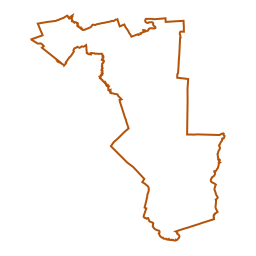 the district of Corbu, Olt, Romania
{"feature_id": "2599482B79364764988142", "entity_name": "Corbu", "entity_type": "district", "adm_level": 2, "iso_a3": "ROU", "parent_name": "Romania", "parent_adm1": "Olt", "projection": "orthographic", "projection_center": [24.699, 44.468], "detail": "fine", "context": "isolated", "style": "outline", "palette": "amber", "viewbox_px": 256, "rotation_deg": 0, "n_neighbors": 0, "source": "geoboundaries", "source_scale": "gbopen_adm2", "svg_char_len": 5655}
<svg xmlns="http://www.w3.org/2000/svg" viewBox="0 0 256 256"><path d="M202.1,222.9L214.0,219.2L213.9,218.7L213.7,218.4L213.8,217.9L213.7,217.2L213.9,217.1L213.8,216.8L213.6,216.7L213.6,216.0L213.7,215.7L213.9,215.5L213.8,215.2L214.2,214.9L214.1,214.6L214.4,214.2L214.7,214.3L214.9,214.1L214.9,213.9L214.7,214.0L214.8,213.8L215.2,213.5L215.4,213.2L216.0,213.0L217.5,212.1L217.4,211.3L217.0,210.9L215.8,208.4L215.5,207.2L215.5,206.3L215.8,204.7L216.1,200.6L215.7,199.7L217.2,198.4L217.7,197.7L217.5,196.9L216.2,194.8L215.6,192.9L215.4,192.0L214.5,189.8L214.5,188.5L215.3,186.0L215.9,184.6L214.2,183.4L211.9,182.3L211.1,181.6L210.9,181.3L210.8,180.2L210.9,179.6L211.5,178.3L211.8,178.1L211.9,177.4L213.9,176.0L214.6,175.1L214.9,174.2L215.1,172.8L214.3,171.9L214.3,171.2L215.8,170.9L216.2,170.6L217.3,168.6L217.7,168.3L217.9,167.9L218.6,165.4L218.8,163.2L219.9,162.6L219.0,162.1L219.4,161.7L219.8,160.4L219.8,159.8L219.5,159.5L219.2,159.5L218.8,160.4L218.2,159.6L218.7,158.9L217.9,157.7L218.0,156.3L217.7,155.6L217.7,154.7L217.5,154.0L218.0,153.1L218.3,151.4L218.8,150.8L220.0,148.2L219.9,147.4L219.0,145.7L219.3,145.4L219.4,144.7L219.9,144.3L220.0,143.8L221.0,141.9L222.0,140.6L222.2,139.8L222.1,138.7L222.7,138.3L223.5,138.5L223.9,138.1L224.6,136.0L223.4,134.8L223.3,134.5L223.7,133.7L223.3,133.4L221.1,134.0L220.1,134.8L218.9,135.0L197.4,134.4L194.6,134.6L187.1,134.5L187.6,101.6L187.5,89.1L188.2,79.0L177.2,77.7L177.3,74.6L177.4,74.0L178.0,73.2L178.5,67.2L178.9,59.1L179.3,54.4L180.1,37.9L180.6,37.7L180.1,34.7L179.8,34.1L179.8,33.0L180.4,31.7L180.7,31.6L183.9,31.7L183.8,29.0L183.9,28.0L183.5,20.8L165.7,21.9L165.5,18.3L155.8,19.1L153.3,19.2L152.1,18.9L145.9,18.9L145.3,19.9L145.2,20.3L145.4,21.7L145.7,22.2L147.5,23.0L148.1,22.9L149.1,22.3L151.9,22.2L152.5,22.4L153.2,23.1L153.1,24.2L153.3,25.1L153.7,25.7L155.1,26.8L155.4,27.3L155.4,28.0L154.5,28.5L150.2,28.2L148.6,29.1L148.2,30.5L144.0,31.9L144.1,31.1L144.5,30.2L143.2,30.1L143.5,32.1L140.6,33.2L140.8,33.8L138.5,34.9L138.1,34.2L131.4,36.7L130.6,34.9L129.3,33.2L128.0,30.6L125.3,26.8L124.3,24.5L119.7,26.4L117.4,19.3L116.9,19.6L115.6,19.6L114.7,20.4L113.4,21.1L112.0,20.8L110.5,21.5L105.8,22.4L104.9,22.7L101.5,23.2L98.4,24.0L97.3,24.1L96.4,24.4L95.5,25.0L92.7,24.7L92.3,25.0L91.4,26.4L90.7,27.2L84.2,29.9L83.1,30.0L82.9,29.7L82.2,29.6L82.0,28.6L81.7,28.5L81.1,28.8L80.7,28.1L80.7,27.5L79.6,27.7L78.9,26.9L78.6,26.9L78.5,26.2L77.6,26.2L77.3,25.9L77.3,25.4L77.7,24.9L77.5,24.4L77.9,24.1L77.9,23.7L77.6,23.4L77.5,23.0L76.8,23.1L76.6,22.7L76.2,22.4L75.1,22.2L74.5,22.6L74.1,21.9L73.9,21.8L73.8,22.2L73.6,22.2L73.0,21.3L71.9,21.2L71.9,20.9L72.3,20.6L72.3,20.4L71.9,19.4L71.3,18.8L71.9,18.1L71.7,17.2L72.5,16.5L72.4,15.7L72.5,15.4L69.9,17.2L69.1,18.4L68.3,17.4L67.6,15.9L67.2,15.6L63.5,17.9L59.6,19.3L58.8,19.9L57.6,20.1L55.8,20.9L47.8,21.9L37.8,23.6L41.3,32.2L42.0,33.5L42.6,35.3L31.4,39.3L31.6,39.8L37.8,43.6L40.6,43.4L42.0,44.2L43.8,46.1L41.9,47.7L59.4,61.6L57.8,61.6L58.5,62.2L59.5,62.3L64.0,65.1L64.1,65.5L65.8,63.6L66.3,62.7L66.2,62.4L65.9,62.3L66.0,62.1L68.5,58.6L69.4,57.3L69.8,57.2L71.3,55.4L73.7,51.8L73.9,51.4L73.4,50.3L74.1,48.8L74.4,48.4L76.4,47.5L77.4,46.8L78.0,47.3L79.7,47.8L81.8,46.4L83.5,46.7L84.7,46.1L86.1,45.1L86.4,47.2L86.4,48.6L86.8,53.0L87.5,53.0L87.6,53.6L88.7,54.2L90.9,54.4L90.7,53.1L91.2,53.0L93.2,53.3L94.1,53.2L95.3,53.8L96.4,53.6L98.7,53.9L101.5,53.7L101.8,53.8L102.4,54.3L102.4,55.5L102.9,55.5L103.2,55.8L103.4,57.2L102.7,57.4L102.7,57.6L103.0,58.0L102.6,58.3L102.7,58.9L102.2,59.0L101.8,59.9L102.5,60.2L103.1,60.0L103.5,60.2L103.7,60.4L103.9,61.6L103.4,62.0L103.2,62.9L102.8,63.0L102.2,63.6L102.1,64.0L102.3,65.4L101.9,65.9L101.8,66.2L102.0,66.7L102.2,66.9L102.1,67.3L102.3,67.5L102.1,67.8L102.1,68.3L102.5,68.5L102.3,68.9L101.7,69.2L101.8,69.9L101.5,70.4L101.7,70.7L102.5,70.8L102.4,72.2L102.6,73.1L101.8,73.2L102.4,74.7L102.1,74.9L101.4,74.7L100.9,75.0L100.7,75.3L100.9,76.2L100.8,76.5L100.4,76.4L100.0,76.8L99.6,76.8L99.9,77.4L99.9,78.2L101.1,78.7L101.4,79.6L102.4,80.0L102.8,81.1L103.5,81.5L103.8,82.0L104.1,82.1L104.4,81.7L104.9,81.7L105.4,82.6L105.0,82.8L105.0,83.2L106.2,83.6L106.6,84.3L106.4,84.4L106.4,84.7L106.9,85.1L106.9,85.3L106.3,85.3L106.6,85.9L107.3,86.1L107.6,85.0L108.0,85.0L108.4,85.8L108.2,86.2L108.2,86.6L108.8,86.6L108.2,87.6L108.2,88.2L108.7,89.3L108.3,90.1L108.7,90.4L109.8,90.1L109.5,90.5L110.5,90.8L110.5,91.1L109.8,91.3L109.9,91.6L110.7,91.7L110.8,91.9L110.8,92.6L110.4,92.7L110.4,92.9L111.5,93.3L112.7,93.3L114.7,93.9L117.5,94.4L118.2,95.9L121.5,99.3L121.1,99.4L120.6,99.8L119.6,99.9L119.8,101.4L125.2,118.2L126.0,119.9L126.3,121.6L128.6,128.4L124.4,132.0L118.4,138.0L113.7,142.2L110.9,146.2L127.3,162.6L133.2,167.0L144.3,178.9L142.3,182.1L145.0,183.8L147.8,186.2L148.5,187.2L148.8,188.6L148.7,190.6L148.1,192.8L147.4,194.5L147.2,196.7L146.5,199.9L144.6,207.6L146.3,208.4L143.6,216.2L143.7,216.9L144.7,217.9L145.2,217.9L146.2,218.6L146.9,218.6L147.2,218.1L148.2,218.1L149.2,221.0L149.6,221.4L150.9,221.9L151.6,222.3L152.2,222.4L153.2,223.1L153.3,223.5L152.9,224.2L153.1,225.5L152.7,226.2L152.7,226.5L154.8,229.1L156.9,230.1L159.0,230.7L159.5,231.3L159.6,232.3L159.4,232.9L158.8,233.2L158.7,233.4L159.2,234.2L160.0,236.0L160.7,236.7L162.0,237.7L163.0,237.7L163.5,238.6L166.6,238.9L166.7,239.4L167.0,239.6L168.3,239.6L168.9,239.0L169.4,239.9L171.1,239.8L171.2,240.0L173.1,240.1L172.9,239.8L173.1,239.8L173.5,240.3L175.0,240.6L175.8,240.3L175.9,239.9L176.4,240.2L176.8,240.1L178.8,238.0L179.3,237.1L179.4,236.6L179.3,235.8L179.1,235.3L178.2,234.4L177.3,233.9L177.1,233.4L177.3,233.0L177.3,232.6L177.1,232.2L175.7,231.5L181.9,229.4L188.0,227.5L189.4,227.2L190.2,226.8L199.1,224.0L202.1,222.9Z" fill="none" stroke="#b45309" stroke-width="2"/></svg>